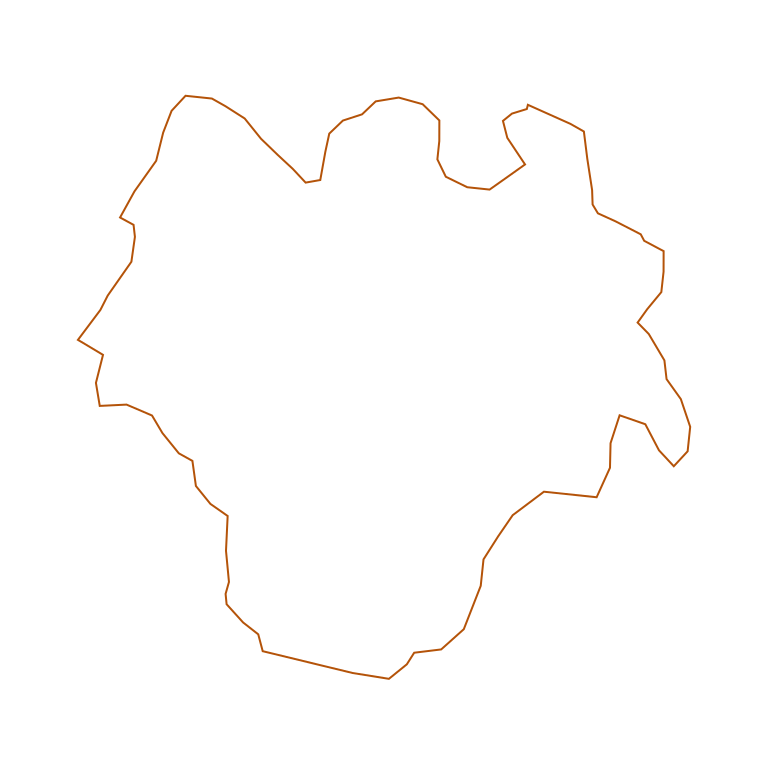 Seongju-gun, North Gyeongsang, South Korea (Natural Earth projection), rotated 186°
{"feature_id": "91817680B40534015790157", "entity_name": "Seongju-gun", "entity_type": "district", "adm_level": 2, "iso_a3": "KOR", "parent_name": "South Korea", "parent_adm1": "North Gyeongsang", "projection": "natural_earth1", "projection_center": [128.226, 35.91], "detail": "fine", "context": "isolated", "style": "outline", "palette": "amber", "viewbox_px": 768, "rotation_deg": 186, "n_neighbors": 0, "source": "geoboundaries", "source_scale": "gbopen_adm2", "svg_char_len": 1371}
<svg xmlns="http://www.w3.org/2000/svg" viewBox="0 0 768 768"><g transform="rotate(186 384 384)"><path d="M476.7,105.6L415.6,97.4L385.0,93.3L348.3,91.3L332.0,107.6L325.9,119.9L299.4,126.0L279.0,148.5L266.7,193.4L266.7,220.0L254.5,244.5L242.3,267.0L213.7,293.6L187.2,293.6L160.7,293.6L150.5,324.3L152.5,348.8L146.4,377.5L119.9,371.3L103.6,346.8L87.2,332.5L75.0,348.8L75.0,373.4L87.2,400.0L103.5,418.4L107.6,436.8L125.9,461.4L138.2,471.6L130.0,486.0L117.8,504.4L117.7,524.9L119.8,545.4L124.6,547.3L140.2,553.6L144.3,559.7L170.8,570.0L189.1,576.1L195.3,584.3L197.3,598.6L205.4,629.4L211.6,656.0L225.8,662.2L270.1,676.7L270.7,672.4L285.0,666.3L293.2,658.1L287.1,641.7L276.9,629.4L266.7,617.1L283.0,602.7L299.3,588.4L321.8,588.4L344.2,596.6L354.4,613.0L354.4,631.4L356.5,651.9L374.8,666.3L399.3,670.4L421.8,664.2L434.0,649.9L452.4,641.7L464.6,627.3L466.6,608.9L468.7,580.2L483.0,576.1L497.2,588.4L513.6,600.7L531.9,615.0L550.3,633.5L570.7,643.7L585.0,649.9L611.5,649.9L623.8,633.5L629.9,610.9L633.9,582.2L652.3,549.5L663.9,522.0L649.7,516.1L647.1,504.3L648.0,479.2L668.0,443.1L673.8,428.0L693.0,395.9L666.5,383.6L670.6,355.0L664.4,332.5L637.9,336.6L611.4,328.4L599.2,312.0L580.8,293.6L566.5,287.5L560.4,262.9L544.1,246.6L525.7,236.4L523.7,201.6L517.5,170.9L519.6,158.7L517.5,148.5L499.2,132.1L482.9,121.9L476.7,105.6Z" fill="none" stroke="#b45309" stroke-width="2"/></g></svg>